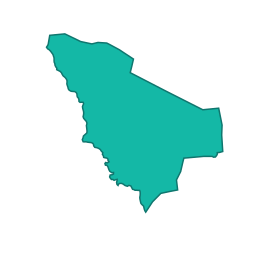 Juazeiro do Piauí, Piauí, Brazil, rotated 103°
{"feature_id": "56859067B16787384500199", "entity_name": "Juazeiro do Piauí", "entity_type": "district", "adm_level": 2, "iso_a3": "BRA", "parent_name": "Brazil", "parent_adm1": "Piauí", "projection": "orthographic", "projection_center": [-41.546, -4.968], "detail": "fine", "context": "isolated", "style": "filled", "palette": "teal", "viewbox_px": 256, "rotation_deg": 103, "n_neighbors": 0, "source": "geoboundaries", "source_scale": "gbopen_adm2", "svg_char_len": 2322}
<svg xmlns="http://www.w3.org/2000/svg" viewBox="0 0 256 256"><g transform="rotate(103 128 128)"><path d="M206.0,91.8L194.4,87.5L184.3,81.3L180.2,72.5L177.2,65.7L167.7,69.1L158.6,66.9L149.2,66.9L144.8,66.8L139.3,49.9L138.6,47.8L136.7,39.5L137.2,38.2L136.6,36.3L134.7,35.4L133.1,35.1L131.9,35.5L131.3,33.5L129.6,30.4L113.9,35.1L112.4,35.4L104.0,37.0L88.3,44.1L93.4,59.2L91.7,66.2L83.5,99.5L73.6,138.3L67.0,138.2L59.6,138.2L55.3,149.8L53.7,154.0L50.8,164.6L50.0,167.8L51.4,176.5L54.2,182.1L54.3,186.8L54.4,193.6L50.5,210.7L54.9,223.9L55.3,225.1L64.5,224.6L65.8,224.9L67.6,225.6L68.9,224.2L69.5,222.4L70.6,220.7L71.8,219.3L73.3,217.6L74.9,216.7L76.1,215.9L77.6,215.5L79.0,215.2L80.5,214.7L81.7,213.8L83.3,213.2L84.7,212.1L85.7,210.8L87.2,210.6L87.7,208.6L88.1,206.9L89.1,205.3L90.5,204.2L91.8,202.9L92.9,200.7L93.9,199.4L95.4,198.1L97.2,197.7L98.8,197.5L100.4,196.6L101.8,195.7L103.3,195.0L104.4,193.8L105.0,191.7L104.8,190.0L104.5,188.1L105.0,186.6L106.1,185.5L107.7,185.0L109.1,184.4L109.8,183.3L111.2,182.3L113.2,181.7L113.8,180.5L113.3,178.9L113.1,177.4L114.4,176.7L116.0,177.0L117.4,177.2L119.2,176.5L120.8,175.6L122.0,175.0L123.5,174.5L125.3,174.3L127.1,174.3L128.5,173.4L129.7,171.9L130.7,170.4L131.9,169.4L133.2,169.0L135.0,169.1L136.6,168.5L138.6,167.8L140.3,167.2L142.1,167.0L143.8,168.2L145.8,169.6L147.8,169.6L149.7,169.9L151.5,168.6L151.3,167.2L150.9,165.9L150.9,164.0L150.7,162.2L150.5,160.4L150.9,158.8L151.8,157.9L153.1,157.4L154.3,156.0L154.2,153.7L154.5,151.9L155.2,150.1L156.5,148.8L157.7,147.0L159.5,147.0L160.5,145.8L162.1,145.1L162.2,143.5L162.0,142.0L162.8,140.5L164.1,140.2L165.2,138.9L166.7,140.4L166.6,142.0L167.8,142.5L169.3,141.6L169.0,140.3L170.1,139.0L171.5,138.1L172.9,137.2L174.3,136.0L175.2,133.7L174.6,132.1L176.2,131.8L177.2,133.1L177.8,134.8L179.8,134.9L180.9,133.9L181.9,132.6L181.5,131.1L182.1,129.8L181.0,128.2L180.5,127.0L181.8,126.8L183.6,126.9L185.5,126.0L186.2,124.8L184.8,124.6L183.8,123.5L183.4,121.5L183.8,120.0L184.7,117.9L184.9,115.5L183.7,114.2L183.8,112.2L185.6,110.7L186.7,109.7L186.7,108.3L187.1,107.2L186.7,105.7L186.5,104.0L186.2,102.6L187.3,101.9L188.5,101.5L189.8,101.2L191.1,101.0L192.9,100.9L194.5,100.4L195.8,99.8L197.1,99.2L198.6,98.4L199.6,97.0L200.4,95.5L201.5,94.8L203.2,94.0L204.8,93.0L206.0,91.8Z" fill="#14b8a6" stroke="#0f766e" stroke-width="1.5"/></g></svg>